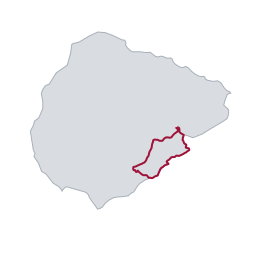 where Rivera sits in Uruguay, rotated 105°
{"feature_id": "URY-14", "entity_name": "Rivera", "entity_type": "Department", "adm_level": 1, "iso_a3": "URY", "parent_name": "Uruguay", "parent_adm1": "", "projection": "robinson", "projection_center": [-55.345, -31.483], "detail": "fine", "context": "in_parent", "style": "outline", "palette": "rose", "viewbox_px": 256, "rotation_deg": 105, "n_neighbors": 0, "source": "natural_earth", "source_scale": "10m", "svg_char_len": 4100}
<svg xmlns="http://www.w3.org/2000/svg" viewBox="0 0 256 256"><g transform="rotate(105 128 128)"><path d="M206.0,175.4L204.4,176.9L202.6,179.6L200.6,186.1L193.8,195.1L192.4,200.1L185.1,205.4L180.0,211.4L176.7,211.2L173.6,213.8L156.3,221.5L150.1,220.1L145.5,220.1L141.2,216.7L131.4,215.4L125.3,216.8L117.1,220.6L114.6,220.5L112.8,220.3L108.4,218.7L105.9,215.4L93.3,211.6L83.0,202.9L71.0,202.8L61.8,203.9L60.4,202.7L59.4,200.5L57.5,197.3L49.5,189.6L43.1,182.0L41.8,174.5L42.6,166.4L44.4,156.8L44.1,153.8L46.4,152.0L48.6,151.7L50.8,149.2L52.8,145.4L53.1,142.6L51.5,137.3L50.4,129.9L49.1,126.2L51.6,120.4L51.7,117.6L50.2,115.1L49.8,112.6L50.4,110.0L50.3,107.5L49.3,105.1L50.0,103.1L52.3,101.5L54.0,99.1L55.2,95.8L55.7,93.3L55.7,91.6L55.0,90.0L53.6,88.4L54.2,85.4L57.0,80.9L58.7,76.8L59.5,73.3L59.4,70.5L58.5,68.3L58.9,66.9L60.6,66.1L61.3,63.8L61.0,58.1L59.2,53.4L60.5,49.7L64.4,45.4L66.4,42.0L66.5,39.3L67.7,37.8L69.6,40.7L75.2,41.4L80.7,41.5L81.6,40.8L83.8,36.2L86.6,34.8L89.8,34.5L93.2,34.7L96.9,37.8L107.2,47.9L114.8,54.9L117.1,58.2L119.1,60.7L120.6,63.0L120.0,69.0L120.1,71.6L120.4,72.3L122.2,72.4L124.7,72.0L126.9,70.7L128.6,68.8L130.2,67.2L131.5,66.4L132.0,65.1L132.8,63.8L133.6,63.5L135.1,64.5L138.6,67.9L141.3,71.1L142.0,72.9L143.1,74.8L144.2,76.4L145.0,78.0L147.6,80.1L150.3,81.4L152.1,80.1L156.7,84.4L166.8,88.1L168.6,90.3L170.3,93.4L173.8,98.1L178.7,102.4L182.6,104.2L186.4,105.2L188.5,106.1L189.9,107.8L192.2,109.5L193.6,110.2L194.1,111.8L195.6,115.2L197.1,119.6L198.8,123.6L202.4,127.5L206.5,130.5L210.8,132.2L213.1,134.3L214.2,136.5L211.3,139.8L208.1,143.9L205.3,147.1L202.5,149.4L201.5,150.9L200.9,153.3L200.8,166.1L200.6,170.8L200.8,172.1L201.2,172.9L203.0,174.2L205.1,175.2L206.0,175.4Z" fill="#d9dde1" stroke="#a8b0b8" stroke-width="1"/><path d="M126.6,70.9L127.9,70.1L128.3,69.6L128.6,69.0L128.9,67.7L129.4,67.2L130.0,67.1L130.8,67.3L131.5,67.3L132.0,66.9L132.0,66.2L131.9,64.6L132.0,63.9L132.6,63.4L133.3,63.2L133.9,63.4L134.9,64.5L136.0,65.2L136.6,65.6L137.3,66.6L138.8,67.9L141.2,70.7L141.7,71.5L141.9,72.1L142.0,73.5L142.2,74.1L142.6,74.5L143.7,75.2L144.1,75.8L144.5,77.4L144.8,78.1L145.3,78.7L145.9,79.1L147.1,79.6L147.8,80.0L149.3,81.4L149.9,81.8L150.4,81.9L150.9,81.7L151.3,81.1L151.9,79.8L152.3,79.7L152.9,80.4L153.4,81.3L154.3,82.5L155.2,83.4L156.5,84.1L157.0,84.5L157.3,85.0L157.8,85.4L158.2,85.7L159.2,86.1L164.6,86.9L165.7,86.9L166.2,87.1L166.6,87.5L167.2,88.7L167.6,89.2L169.3,90.7L169.8,91.2L170.2,91.9L170.3,92.6L170.3,94.1L170.7,95.0L170.0,96.1L169.9,96.3L169.7,96.4L169.4,96.8L169.1,97.2L168.9,97.6L168.9,98.6L169.5,100.3L169.6,101.2L169.4,101.9L168.7,103.8L168.2,104.7L167.8,105.8L166.7,107.4L167.2,107.8L167.7,107.9L168.1,108.1L168.3,108.7L168.1,109.2L167.2,109.9L166.9,110.4L167.2,111.0L167.1,111.7L166.6,112.2L165.9,112.5L165.2,112.6L164.5,112.7L164.0,112.2L163.8,111.8L163.4,111.0L163.0,110.3L161.8,109.1L161.3,108.3L159.9,106.8L159.4,105.8L158.9,105.2L158.0,104.5L157.9,104.3L157.2,103.4L156.9,103.1L156.2,102.8L154.8,102.2L154.4,102.1L151.9,101.9L151.2,101.7L150.0,101.1L149.5,101.0L148.5,101.0L147.1,101.1L145.1,101.0L141.9,100.2L141.0,100.1L140.5,100.1L139.7,100.3L136.8,100.5L135.9,100.4L135.0,100.2L134.8,100.2L134.6,100.2L134.1,100.4L133.8,100.5L133.6,100.5L133.4,100.4L133.1,100.3L132.9,100.1L132.5,99.6L132.2,99.0L132.1,98.6L132.1,98.4L132.1,97.7L132.0,97.3L131.9,97.0L131.8,96.8L131.7,96.6L131.7,96.4L131.8,95.8L131.9,95.4L132.1,94.6L132.2,94.3L132.2,94.1L132.1,93.9L132.0,93.5L131.7,92.3L131.6,91.9L131.4,91.5L131.2,91.4L130.9,91.2L130.2,90.9L129.2,90.5L128.9,90.4L128.7,90.2L127.6,89.2L127.4,88.9L127.3,88.6L127.2,88.6L126.7,87.0L126.7,86.8L126.7,86.0L126.7,85.5L126.6,85.3L126.5,85.0L126.2,84.3L126.0,84.1L125.9,83.9L125.3,83.5L122.9,82.5L121.4,81.6L118.7,79.4L118.0,79.2L117.4,79.2L117.2,79.2L116.6,79.5L116.2,79.8L115.5,81.1L115.2,80.7L114.7,80.1L114.5,79.9L114.5,79.7L114.5,79.4L114.5,79.2L114.9,78.6L115.3,78.3L115.8,78.1L118.0,77.4L118.5,77.2L118.8,76.9L119.2,76.0L119.4,75.5L120.3,72.4L121.1,72.3L123.2,72.5L124.3,72.3L125.0,72.2L125.4,72.2L125.6,72.0L125.8,71.7L126.1,71.3L126.6,70.9Z" fill="none" stroke="#9f1239" stroke-width="2"/></g></svg>